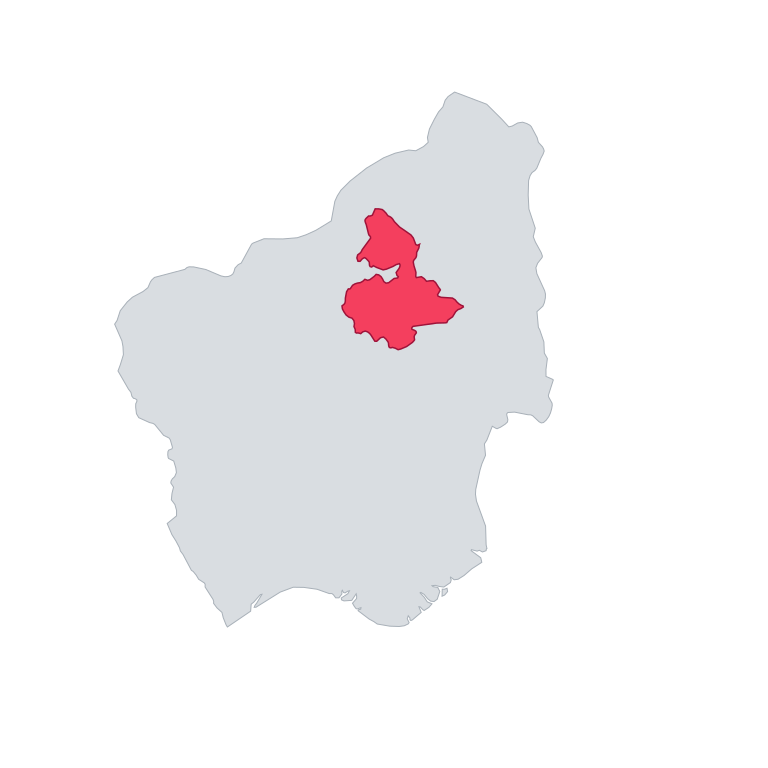 Nigeria, with Bauchi highlighted, rotated 327°
{"feature_id": "NGA-2858", "entity_name": "Bauchi", "entity_type": "State", "adm_level": 1, "iso_a3": "NGA", "parent_name": "Nigeria", "parent_adm1": "", "projection": "albers", "projection_center": [9.972, 11.0], "detail": "fine", "context": "in_parent", "style": "filled", "palette": "rose", "viewbox_px": 768, "rotation_deg": 327, "n_neighbors": 0, "source": "natural_earth", "source_scale": "10m", "svg_char_len": 5946}
<svg xmlns="http://www.w3.org/2000/svg" viewBox="0 0 768 768"><g transform="rotate(327 384 384)"><path d="M602.2,177.6L622.5,205.3L627.0,226.1L628.7,236.3L632.0,237.5L638.3,237.9L642.8,239.9L645.6,243.3L647.3,246.4L647.7,248.3L646.6,260.8L645.1,265.4L646.1,271.5L645.8,274.1L645.2,275.9L642.4,278.0L638.6,280.1L629.7,286.2L627.1,287.1L623.3,287.3L620.0,288.8L616.1,292.1L607.8,304.1L600.8,316.2L595.7,335.7L589.4,341.8L588.3,347.2L587.4,359.3L586.5,363.0L585.5,364.0L578.6,366.4L574.7,369.2L572.3,374.7L569.5,393.4L568.4,396.5L566.2,399.7L562.7,403.2L559.7,405.2L551.7,406.6L544.3,420.6L544.2,423.1L541.0,435.8L535.3,445.4L534.9,451.6L527.7,460.1L524.0,465.9L527.9,471.8L528.2,472.8L515.7,483.0L515.0,484.5L514.5,491.6L513.5,493.5L511.2,496.0L507.9,498.9L504.4,501.1L500.5,502.6L496.8,503.2L494.7,502.3L493.5,500.2L491.4,491.6L490.3,489.8L487.9,488.1L478.2,478.7L472.4,475.4L471.1,475.6L470.2,476.5L468.5,481.3L466.9,483.1L463.8,483.7L458.4,483.7L454.5,483.1L453.7,482.1L451.8,478.4L439.8,487.0L435.6,488.9L430.3,499.1L422.7,504.2L417.5,508.6L403.5,522.4L400.6,526.4L397.8,532.5L391.8,558.5L382.0,574.6L380.7,578.1L380.1,578.0L378.8,579.4L375.1,578.5L373.4,575.4L371.1,574.9L367.1,570.5L366.3,571.2L370.5,582.4L368.9,586.8L357.0,586.8L346.8,588.2L339.8,588.1L336.2,586.4L334.7,582.2L334.1,582.7L333.7,584.9L331.5,586.7L323.6,586.9L320.2,584.0L317.4,580.8L314.4,579.3L314.8,580.7L318.3,583.9L317.8,588.4L311.4,593.5L307.4,593.7L304.9,591.5L303.6,587.8L303.1,582.4L301.4,578.8L300.5,578.8L301.6,584.7L301.6,590.2L304.5,594.5L299.9,595.8L294.3,595.8L293.6,594.3L293.0,590.7L292.0,589.8L290.8,595.8L279.3,597.3L277.7,597.0L277.4,595.9L278.3,594.3L278.1,591.6L275.6,593.6L275.1,597.8L273.6,598.4L269.3,597.8L264.6,595.6L256.9,590.2L247.6,581.6L246.1,577.8L243.5,573.0L238.8,560.0L239.7,559.5L241.8,560.2L242.9,559.0L239.0,558.1L238.2,557.1L238.0,554.2L238.2,550.7L244.2,549.0L245.6,546.9L246.4,544.8L239.1,547.9L232.3,544.1L230.8,541.9L231.6,540.2L239.5,540.2L242.4,538.6L240.7,538.0L237.6,538.0L236.5,536.9L236.7,534.3L235.7,534.8L234.3,537.2L229.7,538.8L227.0,537.0L226.8,533.2L226.2,531.4L224.0,530.0L216.1,519.7L206.1,511.0L197.2,505.0L183.6,502.0L155.1,501.5L153.5,500.6L155.3,499.3L157.8,498.5L167.1,493.9L165.6,493.3L156.0,496.0L152.7,496.3L148.4,501.9L120.3,502.5L120.4,499.9L121.9,492.4L123.7,487.3L122.0,480.9L121.6,475.2L122.8,473.5L123.3,471.4L123.4,456.8L124.9,454.6L125.0,453.1L122.2,446.8L122.4,442.1L121.9,437.4L121.0,435.3L122.6,417.5L122.3,413.1L123.3,410.0L124.0,402.3L124.1,394.8L126.2,382.9L138.2,381.6L141.2,377.0L143.0,371.2L142.6,365.3L146.6,360.3L151.3,355.9L151.3,350.9L152.6,349.4L154.8,348.3L158.0,347.7L161.6,345.3L163.7,341.0L165.7,334.1L162.8,329.2L162.9,328.1L164.1,325.6L166.0,323.0L167.5,322.2L170.9,322.9L172.1,321.9L174.4,314.3L174.3,312.2L171.2,307.0L169.7,293.1L168.8,291.2L166.4,288.7L160.0,278.7L160.2,274.1L163.1,268.2L165.0,265.4L167.5,263.8L168.1,262.5L167.3,260.8L166.1,259.5L165.9,256.9L167.2,253.2L166.9,249.1L168.0,228.2L173.4,224.2L181.4,217.5L185.5,210.4L187.7,205.1L190.7,187.1L194.8,185.3L202.7,178.9L213.4,175.3L220.3,174.2L232.4,175.2L238.5,174.6L243.8,171.1L246.1,170.2L249.5,169.6L279.4,179.4L282.2,179.0L284.4,179.6L288.2,182.2L296.9,190.9L306.1,204.5L309.0,207.4L311.9,209.0L314.8,209.6L317.1,209.4L319.2,208.2L322.2,205.6L326.6,204.5L330.2,204.8L349.1,194.6L350.9,194.5L362.4,196.8L378.1,207.2L390.9,214.1L399.9,216.4L410.6,218.0L428.6,218.5L442.3,204.0L447.3,200.8L453.4,198.0L466.1,195.3L487.1,193.4L506.9,194.1L519.1,196.5L532.1,201.2L537.7,205.7L546.4,206.4L552.7,205.4L554.7,200.9L561.0,194.9L570.4,189.4L578.0,185.5L584.3,183.7L589.9,179.3L594.4,177.8L602.2,177.6ZM324.3,592.7L320.0,594.0L317.1,593.6L321.1,587.8L323.0,589.1L325.6,589.6L324.3,592.7Z" fill="#d9dde1" stroke="#a8b0b8" stroke-width="1"/><path d="M489.5,362.6L486.4,361.9L483.5,362.4L478.1,365.0L472.5,365.2L470.1,366.7L468.7,366.1L461.4,361.6L439.8,351.5L438.4,351.8L437.7,352.2L437.2,353.3L438.9,355.7L439.5,357.3L439.0,358.7L436.2,359.8L435.0,360.8L433.7,363.6L432.1,364.2L430.4,364.6L423.4,364.9L417.2,363.8L414.5,362.9L413.0,360.2L411.0,357.9L409.4,357.4L408.4,356.3L408.6,354.9L409.2,353.6L409.9,352.4L410.3,351.1L410.1,347.4L409.2,344.3L406.3,343.3L401.2,344.2L399.6,343.1L399.7,336.0L399.5,333.8L398.6,331.3L397.1,329.4L394.5,328.7L391.9,329.1L391.0,328.0L390.0,327.0L388.7,326.3L388.1,325.1L389.6,322.5L390.1,319.5L392.1,317.3L393.3,314.4L393.0,311.3L391.0,308.9L389.8,305.5L389.7,301.8L390.0,298.4L391.3,295.6L393.9,295.4L395.5,294.7L396.7,293.4L398.4,290.9L402.9,286.2L405.9,284.8L406.5,285.3L407.3,285.7L408.1,285.5L411.4,284.1L414.1,284.2L416.7,284.9L419.4,286.1L422.2,286.3L425.0,285.8L426.7,288.1L428.9,288.8L434.5,288.4L437.1,287.8L439.0,289.6L440.0,292.3L440.0,295.2L439.6,298.0L440.6,300.5L443.1,301.6L450.0,301.0L451.6,301.8L453.3,302.5L454.5,301.7L454.0,300.1L454.9,297.1L459.7,295.2L461.2,294.2L462.3,293.0L462.5,291.5L459.3,290.5L455.6,290.3L448.6,289.0L445.4,287.8L441.2,282.1L439.4,278.9L438.6,279.2L437.2,279.1L436.3,277.9L436.5,276.5L438.0,273.8L437.9,272.2L437.3,269.0L436.6,267.5L435.1,267.2L433.5,267.3L430.8,268.1L429.0,266.9L429.9,263.5L432.2,261.4L435.9,261.1L437.4,260.4L438.8,259.5L452.2,254.4L452.9,252.9L452.5,251.0L452.8,249.6L455.9,240.7L456.3,238.7L456.9,236.8L457.9,235.8L459.3,235.3L462.6,234.7L463.9,235.6L466.2,236.1L472.0,232.3L475.0,234.3L477.5,236.7L478.1,238.4L478.8,242.0L478.8,243.8L479.0,245.3L480.0,246.7L480.8,248.5L481.1,250.4L481.1,253.5L482.5,260.7L487.8,273.7L488.1,277.5L486.6,284.4L487.7,285.9L489.9,286.2L489.0,286.9L488.3,287.9L487.2,289.0L483.1,291.4L481.0,294.3L479.6,295.4L476.2,296.5L475.0,297.6L473.6,300.9L472.1,306.2L471.5,307.9L469.2,311.1L469.1,312.4L473.8,314.4L475.1,317.5L475.6,321.0L478.8,322.5L481.6,324.2L482.5,326.9L482.4,333.1L482.6,334.5L482.5,335.8L477.5,338.3L477.2,339.8L479.1,342.4L488.2,349.2L489.5,352.1L489.8,355.0L490.5,357.7L491.8,360.3L492.8,361.5L492.5,362.6L489.5,362.6Z" fill="#f43f5e" stroke="#9f1239" stroke-width="1.5"/></g></svg>